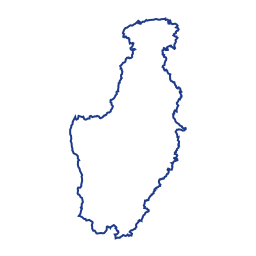 an SVG outline of Xizang, rotated 272°
{"feature_id": "CHN-1662", "entity_name": "Xizang", "entity_type": "Autonomous Region", "adm_level": 1, "iso_a3": "CHN", "parent_name": "China", "parent_adm1": "", "projection": "robinson", "projection_center": [89.0, 31.884], "detail": "fine", "context": "isolated", "style": "outline", "palette": "blue", "viewbox_px": 256, "rotation_deg": 272, "n_neighbors": 0, "source": "natural_earth", "source_scale": "10m", "svg_char_len": 5898}
<svg xmlns="http://www.w3.org/2000/svg" viewBox="0 0 256 256"><g transform="rotate(272 128 128)"><path d="M25.2,110.2L22.3,108.0L21.9,106.8L22.1,104.4L21.5,101.2L21.6,100.2L24.2,98.4L24.4,97.6L24.1,96.9L25.0,96.3L26.7,95.6L28.1,95.7L29.7,95.2L32.2,96.0L32.9,95.7L34.8,92.4L34.1,89.5L35.7,88.7L35.5,87.4L37.3,85.3L38.2,83.3L38.4,81.9L40.6,83.4L44.7,84.2L45.7,84.8L46.3,84.7L46.4,83.9L46.8,83.6L48.2,84.5L50.4,84.4L52.3,85.5L56.5,84.5L57.2,83.1L59.6,81.7L59.9,80.5L61.0,79.9L64.0,80.3L65.3,79.8L66.6,80.2L66.7,82.3L68.3,83.4L69.4,83.2L73.5,84.0L76.2,83.8L77.6,83.3L79.4,83.8L83.5,81.5L85.7,81.0L87.3,79.8L89.7,79.1L90.9,79.3L92.7,79.1L93.6,79.5L94.1,80.3L95.8,78.9L98.1,78.9L99.5,77.5L100.9,74.5L103.0,73.7L103.6,73.1L105.6,73.2L106.9,72.6L111.0,72.1L112.8,71.2L115.1,71.7L118.4,71.3L119.5,70.5L122.5,70.3L124.4,70.3L127.1,71.3L128.4,71.2L129.8,72.4L132.4,72.6L137.2,74.9L135.5,75.3L134.6,76.1L135.4,77.6L138.4,78.2L137.3,82.0L137.8,82.9L135.2,84.1L134.9,85.7L136.1,87.6L136.1,89.2L138.3,89.4L138.8,90.5L137.6,92.0L138.4,94.2L138.5,96.0L139.0,96.6L138.4,98.7L137.0,99.5L136.8,100.2L137.9,102.3L139.5,103.5L139.5,104.3L140.2,104.8L140.4,105.8L142.4,106.7L142.8,107.5L142.8,108.7L143.9,110.1L145.2,110.2L146.9,111.4L148.9,112.1L149.6,111.9L150.6,110.8L152.6,110.6L153.1,109.6L155.2,109.6L155.5,109.8L155.3,110.4L157.0,112.8L158.9,114.0L159.9,114.2L161.7,115.7L163.0,115.2L164.0,115.5L164.3,117.0L165.9,116.7L168.8,117.1L169.6,116.8L171.0,117.2L172.5,117.1L173.0,118.2L174.6,118.0L176.4,119.3L177.3,119.3L177.8,120.0L178.9,119.3L180.4,119.2L181.1,119.4L181.6,120.1L184.4,120.4L185.1,119.9L186.8,119.5L187.0,118.7L187.5,119.0L189.7,118.0L191.2,119.7L193.0,120.7L193.5,122.4L194.7,123.2L196.8,123.4L197.3,124.1L198.1,124.4L198.5,126.2L197.9,126.5L197.7,127.0L198.3,128.9L199.2,129.7L200.9,129.5L201.7,129.7L202.4,130.3L205.3,130.1L205.8,130.4L206.8,132.3L207.2,131.8L207.0,130.0L206.2,129.0L206.6,128.1L207.9,127.6L209.6,129.5L212.8,130.5L213.2,129.8L212.6,128.7L213.0,127.8L212.5,126.9L215.2,126.2L216.8,126.3L217.2,125.6L217.9,125.5L218.1,125.0L217.8,124.4L218.1,123.3L219.3,122.9L219.3,121.6L218.6,121.2L218.9,120.1L221.2,120.4L221.8,120.8L222.7,119.6L225.9,120.6L227.9,122.0L228.1,123.3L230.7,126.7L230.5,128.8L231.9,130.5L232.3,131.5L235.5,134.6L234.3,136.2L233.0,135.1L232.6,137.0L233.6,137.5L234.8,139.2L234.7,140.6L236.6,142.6L236.0,143.4L236.7,145.9L237.1,149.9L237.6,151.0L237.9,152.8L237.4,154.0L237.3,156.2L237.9,157.3L238.2,160.5L238.7,161.6L237.3,161.9L237.7,163.8L236.7,164.9L236.6,165.5L237.1,166.2L236.7,166.6L236.0,166.7L235.3,164.4L233.8,164.8L233.7,165.9L234.2,167.6L233.3,168.6L233.9,171.4L233.2,173.0L231.9,174.1L230.2,172.5L229.7,174.3L228.3,175.2L226.9,174.3L227.0,173.6L225.9,172.5L224.5,172.6L223.7,170.9L223.4,170.6L222.8,170.9L222.1,170.2L221.0,172.2L221.1,173.3L220.4,173.4L219.8,174.3L217.5,172.4L215.9,172.9L213.2,171.5L211.5,171.4L209.4,172.3L208.7,171.7L209.1,171.0L210.8,168.9L210.8,168.3L211.8,168.1L211.8,167.5L210.3,164.5L209.3,163.9L208.0,165.1L207.4,165.1L207.2,163.0L207.6,162.5L208.7,162.2L209.2,161.1L208.9,160.9L207.8,161.3L207.2,160.8L206.8,159.7L206.1,159.7L203.8,160.3L203.1,159.9L202.5,160.1L202.3,161.6L200.6,161.3L200.1,161.7L200.2,162.6L199.8,163.5L198.5,163.9L197.0,163.6L196.7,163.2L194.4,162.4L192.2,162.3L191.4,160.8L190.2,160.4L189.3,161.6L188.1,161.8L187.4,162.5L186.9,162.5L186.7,163.2L187.6,164.1L186.5,165.2L185.7,165.3L183.8,166.4L183.1,168.4L182.4,168.1L177.9,168.5L176.5,169.4L176.2,170.5L175.2,171.6L175.5,172.0L175.4,172.7L172.9,173.5L171.4,174.7L170.8,174.6L169.7,175.4L169.3,176.3L169.8,176.4L170.4,177.2L169.8,178.2L168.6,179.0L167.0,179.3L166.7,178.9L166.4,179.5L166.0,179.1L165.7,179.7L165.0,178.7L163.1,180.0L162.3,180.0L161.9,180.5L161.0,180.4L160.6,179.5L159.5,179.5L159.0,178.9L158.4,178.9L158.5,177.8L156.2,177.1L154.8,175.9L153.7,176.1L152.2,177.5L150.7,176.6L148.0,175.9L146.0,176.1L146.1,175.5L147.3,174.5L147.2,174.1L145.0,173.3L144.0,173.7L143.3,172.5L142.5,173.0L141.6,172.7L139.9,173.0L138.2,174.7L136.1,175.3L134.9,176.6L133.7,178.7L132.5,179.5L131.4,181.9L130.8,181.9L129.8,183.0L129.5,184.2L130.0,185.5L129.8,185.7L128.9,185.7L127.5,184.2L127.3,182.8L128.0,181.4L128.5,179.0L128.0,177.9L128.1,177.1L125.9,175.7L123.4,177.3L120.5,177.7L120.3,178.2L120.6,178.8L117.5,178.2L116.3,179.5L114.7,179.5L114.2,179.1L112.5,179.5L112.7,178.9L112.4,178.9L111.6,179.4L110.2,179.2L108.6,177.6L107.6,177.7L106.8,176.8L105.7,176.8L105.6,176.1L105.1,175.7L104.3,176.0L103.7,175.7L103.2,177.6L102.3,178.2L99.9,177.0L99.6,176.1L99.8,175.3L99.4,175.1L98.5,176.1L98.9,178.0L98.4,178.4L97.5,178.5L96.3,175.2L94.9,174.2L94.5,172.8L93.6,173.9L91.6,173.3L90.9,173.8L87.9,173.2L87.8,171.5L88.7,170.4L88.8,169.5L87.6,169.0L86.3,170.2L85.0,170.2L83.6,169.4L83.6,168.8L82.9,168.3L81.1,167.8L80.4,166.3L78.8,165.7L78.5,165.1L78.8,164.1L78.2,163.7L77.8,162.6L78.1,162.0L77.6,161.7L77.3,161.1L75.4,160.7L73.1,161.5L72.5,162.4L71.2,162.1L71.0,161.1L69.9,159.9L69.5,158.6L69.2,158.3L68.5,158.4L68.5,157.5L67.5,156.5L66.7,156.6L66.4,157.1L65.4,156.0L64.6,155.7L63.9,156.0L62.4,154.5L62.4,153.9L61.6,153.8L60.8,152.7L58.5,151.3L56.7,151.0L56.4,150.2L56.7,149.5L56.0,148.8L56.1,147.6L52.8,147.2L51.0,146.5L50.2,147.0L49.9,147.6L48.6,147.0L48.1,149.8L47.2,150.2L47.2,150.7L46.6,151.6L45.4,151.5L44.1,148.5L42.1,147.7L41.5,146.8L40.1,145.9L39.2,145.9L36.5,144.6L35.7,144.7L36.0,144.1L35.6,143.2L36.3,142.6L35.5,141.7L34.5,141.8L32.1,139.6L31.1,139.4L29.4,139.9L28.3,138.9L27.5,138.8L27.2,137.7L26.0,136.0L25.9,134.9L24.8,133.6L24.2,133.3L22.5,135.7L20.6,135.2L20.9,133.5L20.2,132.7L21.5,131.4L20.6,130.6L20.0,129.4L20.9,126.9L19.9,126.0L18.5,123.8L18.0,123.6L18.0,121.2L17.3,119.5L19.9,119.2L21.1,118.5L21.4,120.6L23.2,122.1L24.6,121.8L25.0,120.5L26.9,119.7L27.3,119.0L27.9,119.2L28.2,119.8L28.5,119.7L30.5,117.2L28.4,114.2L27.6,113.9L28.3,113.5L28.0,112.4L28.6,111.8L28.9,110.7L28.6,110.3L25.2,110.2Z" fill="none" stroke="#1e3a8a" stroke-width="2"/></g></svg>